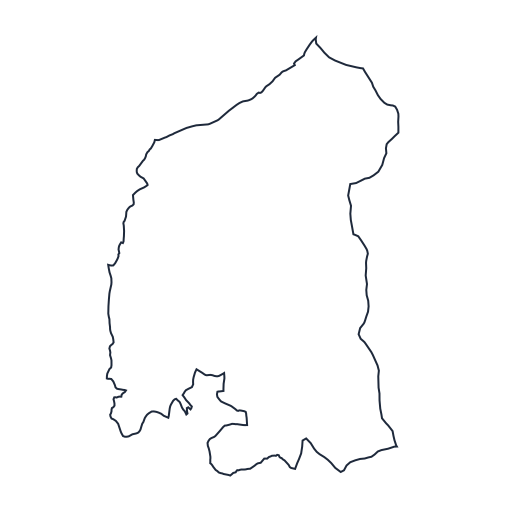 Gem, Nyanza, Kenya (Equal Earth projection), rotated 182°
{"feature_id": "3690345B53081703212176", "entity_name": "Gem", "entity_type": "district", "adm_level": 2, "iso_a3": "KEN", "parent_name": "Kenya", "parent_adm1": "Nyanza", "projection": "equal_earth", "projection_center": [34.475, 0.041], "detail": "fine", "context": "isolated", "style": "outline", "palette": "slate", "viewbox_px": 512, "rotation_deg": 182, "n_neighbors": 0, "source": "geoboundaries", "source_scale": "gbopen_adm2", "svg_char_len": 6007}
<svg xmlns="http://www.w3.org/2000/svg" viewBox="0 0 512 512"><g transform="rotate(182 256 256)"><path d="M118.0,384.2L118.2,390.1L118.6,395.0L118.5,400.4L118.7,403.1L120.1,407.0L122.1,410.2L124.5,411.2L126.4,411.3L130.1,411.9L133.1,413.6L137.0,417.3L139.8,421.0L142.4,425.7L144.7,429.2L146.2,433.2L151.7,441.2L153.5,443.8L155.6,447.2L158.0,447.4L162.0,448.0L172.6,450.1L183.8,454.1L189.9,457.1L194.8,461.6L198.8,466.1L203.2,470.4L203.9,474.7L203.7,476.3L206.3,473.7L207.5,472.3L209.7,469.1L212.7,464.2L214.3,461.3L214.8,459.8L215.1,458.1L220.5,453.9L223.2,451.9L224.7,449.7L223.9,448.1L232.6,442.5L234.1,442.0L235.7,441.3L236.8,440.4L238.7,438.0L240.2,436.9L243.1,434.8L244.2,433.2L245.5,431.2L248.5,428.2L251.6,426.0L252.6,424.9L254.9,421.3L256.3,419.7L257.7,419.1L259.0,419.4L260.9,418.0L261.8,416.6L262.9,415.3L264.9,413.4L266.3,412.5L268.4,411.5L269.8,411.0L274.3,410.1L275.6,409.5L277.9,408.3L280.6,406.4L288.2,400.2L298.2,390.9L299.5,390.1L307.0,386.4L308.4,385.9L320.3,384.5L324.5,383.3L328.5,382.0L329.8,381.6L333.0,380.1L342.0,375.8L343.3,374.9L346.6,373.5L349.7,371.7L351.1,371.2L357.0,368.5L358.1,368.4L361.1,368.5L361.6,366.1L363.4,362.4L364.9,359.7L365.9,358.9L366.8,357.2L368.1,356.0L369.3,353.7L369.6,351.8L370.2,350.1L371.1,348.4L372.3,347.2L375.9,341.9L377.2,340.6L378.1,339.0L378.2,337.3L378.1,335.8L377.5,334.2L375.8,332.5L374.2,331.2L371.0,329.6L367.3,324.7L366.8,323.2L367.8,322.3L370.3,320.6L374.4,318.6L376.0,317.5L377.2,316.6L378.8,315.1L381.1,312.6L380.5,307.8L380.0,305.2L380.1,303.4L381.3,302.1L382.6,301.5L383.9,300.7L385.1,299.3L386.2,297.7L387.1,295.6L387.2,292.7L387.3,290.8L388.6,286.5L389.4,285.5L389.7,284.1L389.2,281.7L388.7,276.3L388.7,271.0L388.8,269.3L388.9,265.9L389.5,264.3L391.2,264.9L392.1,263.4L393.0,261.6L393.4,260.0L393.6,257.8L392.7,254.1L393.6,252.8L393.4,251.0L394.1,248.8L394.8,247.2L396.5,243.9L398.3,241.6L400.2,241.4L401.7,241.6L403.4,242.0L402.7,238.4L401.8,234.5L400.6,231.3L399.8,228.7L399.5,224.6L399.6,222.4L400.9,215.6L401.2,213.3L401.5,207.4L401.7,200.6L401.6,193.2L400.9,189.8L400.3,187.8L400.0,183.7L399.4,179.9L399.3,178.0L399.0,176.3L398.2,173.8L396.3,170.2L395.7,167.5L395.3,164.7L396.3,163.0L397.5,162.1L398.8,160.7L399.3,158.4L398.6,156.4L398.2,154.5L398.4,151.8L397.3,148.6L396.8,146.6L396.6,141.8L396.9,139.5L398.5,137.9L400.5,133.3L400.8,130.9L400.8,128.4L399.6,128.1L398.1,128.2L396.3,128.0L394.2,125.6L392.5,122.0L391.8,119.8L390.3,118.5L388.7,118.2L386.0,117.9L384.3,117.6L382.6,117.5L381.3,117.1L382.3,115.5L384.4,114.0L385.4,112.7L385.7,110.7L387.9,110.7L389.1,110.3L390.3,109.7L391.6,109.9L392.7,109.8L393.4,107.9L392.8,105.9L392.3,103.7L392.2,101.5L393.3,99.9L394.7,99.0L395.0,97.4L395.0,95.7L395.5,93.6L396.2,92.3L395.8,90.5L394.7,88.5L392.9,87.9L390.3,86.3L387.9,83.5L385.2,76.2L384.4,74.4L382.6,71.4L380.7,70.8L378.7,70.9L376.9,71.3L373.3,73.5L369.8,74.4L368.7,74.8L367.4,75.5L366.2,77.0L365.4,78.5L364.5,82.0L363.8,84.5L362.8,86.1L361.5,90.1L360.6,91.7L359.3,93.6L357.6,95.1L354.9,96.9L353.2,97.1L351.7,97.0L349.9,96.7L347.9,96.1L345.2,95.0L342.6,93.1L338.0,91.3L337.6,93.2L336.9,100.7L336.5,102.8L335.8,104.6L333.7,108.5L332.3,109.9L330.8,110.5L329.1,108.9L328.1,108.2L327.1,107.3L326.1,105.3L324.7,102.0L323.3,99.9L321.8,98.4L320.9,96.8L320.1,95.2L319.0,96.2L319.6,98.9L319.8,101.6L318.4,102.4L317.3,101.4L316.1,100.4L315.3,101.7L314.9,103.4L316.6,105.0L317.4,106.2L318.5,107.3L320.8,109.5L322.7,112.2L324.5,114.4L323.3,116.3L322.6,117.7L321.4,119.4L318.9,120.9L315.5,122.7L314.3,125.6L314.5,127.7L314.5,130.3L314.1,132.7L312.9,137.4L311.5,140.7L305.7,137.4L303.6,136.0L302.3,135.3L301.0,135.1L298.3,135.5L297.2,135.6L295.2,135.3L293.4,134.7L291.2,134.4L290.0,134.5L288.7,134.9L284.8,137.2L283.8,137.9L283.4,134.4L283.3,132.5L283.9,127.2L283.9,125.0L283.9,122.2L283.8,120.0L287.4,119.4L288.7,119.3L289.8,119.0L290.2,116.5L289.7,113.9L288.7,112.6L286.9,110.5L285.8,109.4L281.7,107.6L276.3,105.5L275.3,105.0L271.2,102.2L269.7,100.9L268.4,100.6L267.4,101.1L266.1,101.1L262.4,100.5L260.9,99.9L260.4,98.4L260.1,96.0L259.7,93.9L259.0,86.7L261.5,86.6L262.7,86.6L267.4,87.1L269.0,87.3L270.4,87.2L272.2,87.4L274.1,87.4L276.6,86.5L279.7,85.6L281.3,85.4L282.9,83.9L286.0,79.9L288.9,76.4L290.4,74.6L291.6,73.7L294.2,72.5L295.8,71.4L297.0,69.6L297.9,67.5L297.5,64.6L296.5,62.1L295.6,59.0L294.6,53.9L294.5,52.3L294.6,50.8L294.5,49.1L294.5,47.3L293.3,46.4L292.4,45.3L291.3,43.7L288.8,40.7L287.1,39.7L285.7,38.4L283.9,37.8L282.0,37.5L280.8,37.0L275.7,36.2L274.1,35.7L272.3,37.3L271.2,38.4L268.8,39.1L268.1,40.3L267.3,41.3L265.9,41.2L264.8,41.7L263.2,42.1L260.2,42.2L258.7,42.4L257.0,42.9L254.4,43.2L250.2,46.3L248.2,48.1L246.8,48.9L244.1,49.5L240.7,53.8L239.2,53.9L237.8,53.9L236.0,55.6L234.4,56.2L233.2,56.9L230.3,57.2L229.1,57.0L227.9,58.0L226.3,57.7L225.5,56.0L224.5,55.2L223.4,55.0L222.2,53.8L220.3,52.7L216.1,48.4L214.8,46.2L213.5,45.4L209.5,44.6L207.6,50.4L206.0,54.4L204.0,60.2L203.2,67.1L203.0,73.2L199.5,75.4L194.8,70.9L191.2,65.5L188.5,62.4L185.6,60.2L180.7,57.4L177.2,54.9L173.6,51.7L169.4,47.0L163.8,43.1L160.6,44.9L158.2,49.8L154.6,53.2L149.6,55.3L144.9,56.8L140.3,57.4L136.7,58.6L133.6,59.4L130.6,61.7L127.4,64.9L123.9,66.4L117.3,68.0L111.1,70.3L108.6,70.5L109.3,71.6L111.2,76.8L112.3,80.9L113.4,85.8L118.0,91.3L120.2,93.4L124.4,98.2L125.1,101.9L126.5,107.8L127.5,116.0L127.8,122.9L128.9,128.7L129.6,140.0L129.2,145.7L130.7,150.8L135.8,161.2L137.4,164.0L142.9,171.5L144.5,173.6L145.5,174.5L148.5,176.9L150.7,181.4L149.4,187.6L146.1,192.0L145.4,193.3L144.7,195.5L143.6,199.5L142.1,204.2L141.7,209.6L142.3,215.2L144.0,220.6L144.6,225.9L144.1,231.8L145.7,240.3L145.4,247.6L145.8,253.0L145.7,255.0L145.0,259.3L144.3,262.2L145.0,265.1L145.7,266.7L148.0,270.3L151.5,275.3L154.5,279.3L157.8,280.6L159.4,281.1L161.0,288.5L162.5,295.3L163.2,301.6L162.8,309.5L164.7,315.1L166.0,319.7L165.1,325.8L164.3,331.2L158.5,332.4L149.9,337.1L145.4,338.1L141.3,340.7L136.7,344.5L133.0,351.4L131.4,358.3L129.3,363.2L129.9,368.2L129.3,372.3L127.8,374.3L124.2,377.8L121.5,380.7L118.0,384.2Z" fill="none" stroke="#1e293b" stroke-width="2"/></g></svg>